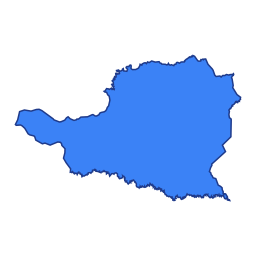 the district of Sap Yai, Chaiyaphum, Thailand
{"feature_id": "78962969B56602789101546", "entity_name": "Sap Yai", "entity_type": "district", "adm_level": 2, "iso_a3": "THA", "parent_name": "Thailand", "parent_adm1": "Chaiyaphum", "projection": "robinson", "projection_center": [101.638, 15.614], "detail": "fine", "context": "isolated", "style": "filled", "palette": "blue", "viewbox_px": 256, "rotation_deg": 0, "n_neighbors": 0, "source": "geoboundaries", "source_scale": "gbopen_adm2", "svg_char_len": 5901}
<svg xmlns="http://www.w3.org/2000/svg" viewBox="0 0 256 256"><path d="M227.4,200.0L229.7,200.5L229.4,199.8L228.2,199.4L227.5,198.4L227.4,196.8L225.6,193.9L223.1,193.6L223.2,191.8L222.2,189.5L222.1,187.8L220.6,186.4L218.2,185.1L215.8,178.6L213.1,177.8L212.1,175.7L211.2,174.7L210.7,172.7L209.4,171.6L210.6,167.7L211.9,165.3L211.7,164.1L225.5,151.6L222.4,145.1L230.9,136.8L231.2,119.6L230.9,118.7L229.5,117.8L229.3,117.1L228.9,114.5L229.4,111.3L228.9,110.1L230.1,108.5L230.6,108.7L231.8,106.4L232.6,106.0L232.1,105.3L234.1,104.2L235.0,102.8L235.5,102.8L235.6,101.9L236.2,102.1L236.3,101.4L236.6,101.4L237.7,102.5L238.2,101.4L239.3,101.4L239.0,100.7L240.5,99.4L240.3,98.6L240.6,97.3L237.0,94.6L232.7,87.6L233.2,85.5L232.1,78.9L231.5,77.7L232.3,76.0L233.3,75.4L233.7,74.3L233.4,73.7L232.8,74.4L229.9,74.6L229.0,75.1L226.4,74.5L224.9,75.5L222.7,75.5L221.1,77.0L219.9,76.0L216.1,76.5L214.8,75.2L213.1,70.3L212.3,69.0L208.0,64.3L205.7,59.0L204.1,59.1L203.5,59.7L202.9,59.1L201.7,59.7L200.9,59.6L200.7,61.0L198.8,61.2L197.7,60.7L194.6,56.3L192.9,55.5L192.6,56.2L191.7,56.1L191.8,56.9L190.0,56.9L189.8,57.4L189.4,57.0L187.0,59.0L186.6,59.0L184.6,60.8L184.8,61.2L184.3,61.9L181.2,62.0L179.4,63.2L177.8,62.4L176.8,62.5L176.3,63.0L175.9,64.2L174.4,64.4L173.8,65.6L171.3,64.7L170.2,65.2L169.1,64.6L168.4,63.4L167.8,64.6L166.7,64.9L165.4,64.3L161.8,64.1L161.2,63.3L160.1,63.1L159.1,61.7L155.2,62.1L151.7,61.0L149.1,62.6L147.6,61.9L146.4,63.6L145.5,62.8L144.2,62.9L142.1,64.0L141.8,65.1L140.1,64.3L139.9,65.5L138.5,68.1L135.8,69.5L132.5,69.6L131.5,69.0L131.0,68.4L131.2,65.9L130.8,65.1L130.2,65.1L129.5,65.4L128.9,66.6L127.0,66.5L126.1,67.3L126.1,67.8L127.6,69.2L126.8,71.3L123.7,70.9L123.3,68.6L122.5,69.1L122.3,70.2L120.6,71.1L119.4,70.9L118.6,70.0L116.5,70.5L116.6,71.0L119.0,71.8L119.5,73.4L119.0,73.9L118.0,73.8L116.9,74.3L116.8,73.2L115.7,73.4L116.1,76.9L115.2,77.2L114.6,76.7L114.0,78.2L114.9,78.8L114.9,79.3L114.4,79.8L113.3,79.3L113.0,80.4L112.2,80.9L113.3,82.1L113.4,84.3L112.0,84.2L111.7,84.7L112.7,85.3L112.5,86.1L113.9,86.4L113.0,88.3L113.5,88.9L114.3,88.9L114.2,89.6L112.9,89.1L112.3,89.4L112.2,88.8L111.6,88.9L111.4,88.2L109.2,89.4L108.5,88.9L106.6,88.6L105.0,91.0L104.1,91.3L104.8,92.0L106.6,92.3L107.7,94.8L109.2,96.2L109.9,100.2L108.6,105.9L107.3,107.4L106.6,109.4L105.6,110.9L104.2,111.8L101.0,112.5L99.7,113.2L99.0,114.7L96.6,116.0L95.2,116.0L93.0,114.6L92.2,114.7L87.6,116.8L80.9,117.1L78.6,119.0L76.8,119.1L76.3,119.8L74.0,120.4L70.2,118.8L68.1,116.8L66.5,117.8L64.7,120.2L61.1,121.7L59.5,122.0L54.0,119.9L53.1,118.8L41.9,110.6L39.1,109.3L36.3,109.5L31.1,111.1L24.4,110.0L19.6,111.6L17.7,119.8L15.4,124.5L16.2,125.3L20.6,125.0L22.2,125.9L24.8,128.3L28.1,133.8L29.8,134.9L33.9,135.9L34.8,136.9L35.8,140.1L42.4,143.8L45.0,143.1L50.1,145.1L57.7,142.0L60.4,142.3L61.5,143.6L61.9,145.5L65.0,148.7L64.9,152.7L63.5,158.2L66.1,162.7L70.6,168.8L70.3,172.2L71.2,172.0L71.5,172.5L72.5,172.4L72.7,171.8L74.4,173.9L74.7,173.8L74.8,173.1L76.8,173.4L77.2,174.5L78.4,172.2L78.8,172.1L78.9,173.0L80.2,173.2L80.2,174.1L81.9,174.4L81.6,175.5L82.0,176.7L82.9,175.8L84.0,176.1L86.4,174.6L87.0,175.0L87.4,174.0L88.1,174.1L88.3,172.8L90.1,172.6L90.9,173.2L91.5,172.3L92.7,171.7L92.5,170.3L93.8,170.0L94.8,170.4L94.5,169.7L94.9,169.3L96.0,170.1L95.9,171.2L98.4,171.6L99.1,171.3L98.9,171.9L100.9,172.7L101.0,172.1L102.5,171.9L103.0,171.2L103.8,171.5L104.1,170.8L104.8,171.5L107.1,172.0L106.4,172.4L106.5,173.9L107.4,173.2L108.8,173.1L109.7,176.1L111.7,173.7L113.2,173.6L114.0,174.2L114.5,173.3L116.0,172.8L117.4,173.8L117.5,176.2L118.7,176.8L118.5,177.4L119.5,178.7L122.0,178.0L122.9,176.8L122.8,176.2L123.3,176.8L123.8,176.3L124.9,177.7L124.9,178.6L124.0,178.2L124.6,178.9L124.8,180.8L126.5,181.0L125.9,181.9L126.8,182.0L128.2,184.0L129.6,182.7L130.5,182.7L129.8,182.0L130.1,181.0L130.9,181.2L131.4,180.7L131.9,181.4L132.8,180.2L133.6,180.0L134.2,181.1L135.2,181.8L135.0,182.4L135.6,182.5L136.4,183.9L136.3,185.7L136.7,186.7L138.3,187.4L138.9,187.3L139.2,187.9L139.7,187.1L140.3,187.3L140.3,186.3L140.6,186.7L141.1,186.5L141.0,187.0L141.4,187.2L141.8,187.0L141.7,186.4L142.3,186.1L142.4,186.5L144.1,187.2L144.5,186.4L144.6,187.0L145.3,187.2L146.5,186.6L146.7,185.7L147.6,185.9L147.7,184.9L148.5,185.6L148.4,186.0L148.8,185.2L149.5,185.9L150.1,183.5L151.4,185.1L152.1,184.5L152.4,185.2L153.0,185.3L152.6,186.0L153.5,186.4L153.4,187.2L154.3,186.5L155.3,187.3L155.5,187.8L154.6,188.5L155.0,189.2L156.0,188.7L157.0,189.6L157.3,189.1L156.8,188.9L157.3,188.5L158.6,189.3L158.9,187.7L160.0,188.4L160.1,189.1L161.5,189.0L161.6,189.7L160.8,189.7L160.9,191.0L161.9,190.4L162.7,191.3L164.1,190.4L164.2,191.3L163.7,192.3L164.5,192.6L165.2,194.5L166.0,194.6L166.9,196.1L167.6,196.0L168.7,196.7L169.4,196.3L170.6,197.0L171.7,197.0L171.2,197.7L171.8,198.2L172.4,198.0L172.9,198.6L172.8,200.0L173.6,199.9L173.9,200.5L174.5,200.4L173.9,199.9L173.9,199.4L176.1,198.5L175.5,197.5L175.7,196.6L176.1,196.2L176.8,196.5L177.2,195.6L178.0,197.4L181.0,197.3L180.4,197.6L181.1,199.1L181.7,199.4L182.6,198.9L182.6,197.8L183.0,197.3L183.6,198.2L184.4,196.8L184.8,197.0L184.6,197.8L185.4,197.3L187.1,194.0L187.8,194.9L189.1,194.5L189.6,195.4L191.0,194.9L192.2,196.4L192.6,196.3L192.6,195.6L194.0,195.4L193.9,196.6L194.4,197.1L195.1,195.9L195.7,196.3L195.7,197.0L196.2,197.2L197.1,195.7L198.3,196.5L198.0,195.4L199.3,195.6L199.8,196.1L200.3,195.7L200.9,196.8L202.0,196.9L201.6,197.6L201.9,197.8L202.5,197.2L203.4,197.5L203.8,196.4L203.7,195.6L204.6,194.9L205.5,195.4L205.2,194.5L206.3,194.2L207.0,194.8L207.7,194.4L207.6,195.4L210.0,197.7L210.7,197.6L211.3,196.3L211.5,197.2L212.2,196.8L212.8,198.0L213.5,197.7L213.9,196.9L215.2,196.7L214.0,195.4L215.2,195.4L215.4,194.7L217.2,194.7L217.3,196.0L218.5,195.8L219.0,194.6L219.6,196.3L220.5,195.4L221.2,196.6L221.6,195.6L222.4,195.8L223.7,195.1L223.3,196.3L224.0,196.9L224.6,198.4L225.4,198.9L226.3,198.3L226.4,198.7L227.1,198.9L227.4,200.0Z" fill="#3b82f6" stroke="#1e3a8a" stroke-width="1.5"/></svg>